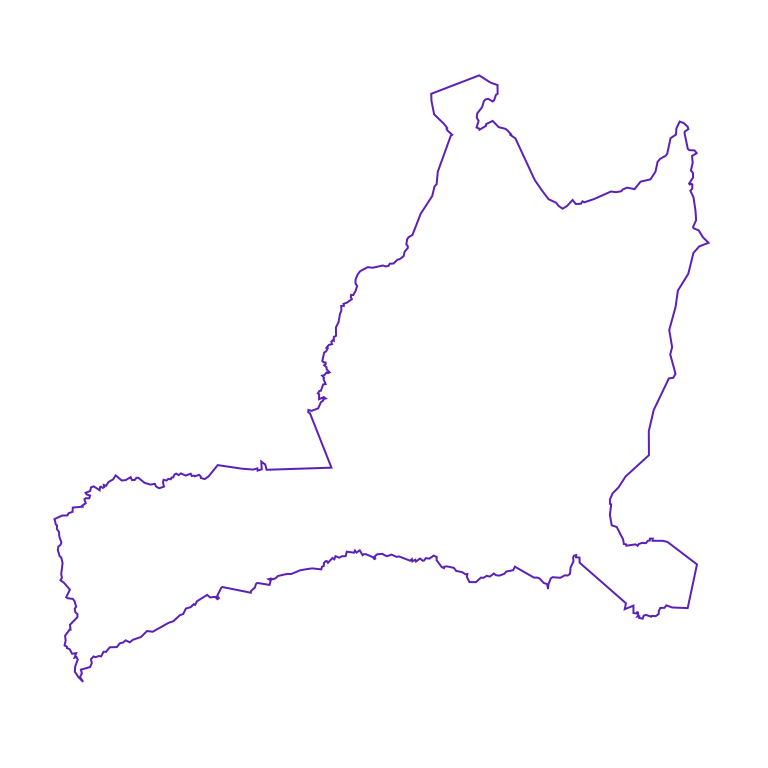 the district of Los Reyes, Michoacán, Mexico, rotated 3°
{"feature_id": "50627088B42004114063605", "entity_name": "Los Reyes", "entity_type": "district", "adm_level": 2, "iso_a3": "MEX", "parent_name": "Mexico", "parent_adm1": "Michoacán", "projection": "orthographic", "projection_center": [-102.401, 19.663], "detail": "fine", "context": "isolated", "style": "outline", "palette": "violet", "viewbox_px": 768, "rotation_deg": 3, "n_neighbors": 0, "source": "geoboundaries", "source_scale": "gbopen_adm2", "svg_char_len": 6086}
<svg xmlns="http://www.w3.org/2000/svg" viewBox="0 0 768 768"><g transform="rotate(3 384 384)"><path d="M99.1,697.2L95.8,692.5L97.4,688.9L96.3,685.1L105.2,682.1L106.8,678.1L105.8,674.2L108.2,671.3L110.1,671.9L113.6,670.6L115.8,670.8L118.0,666.0L120.5,666.0L123.9,661.3L131.0,660.7L133.7,656.8L137.0,655.8L139.5,653.5L143.6,655.3L146.6,652.6L154.5,649.4L160.3,643.1L166.0,643.5L181.5,633.7L186.1,631.9L192.2,625.6L195.5,624.2L197.9,618.6L202.6,617.0L205.5,613.8L206.9,614.5L208.6,610.7L218.4,603.9L221.5,606.2L226.6,605.4L228.9,607.6L230.3,606.5L228.5,604.5L232.1,596.0L233.3,595.2L261.9,599.4L262.0,597.8L265.8,593.9L266.5,590.6L267.9,589.3L280.2,590.6L281.2,586.1L279.0,584.9L281.3,584.2L283.3,584.8L286.0,583.6L288.1,581.3L297.6,578.6L301.0,578.7L309.9,574.5L316.2,573.0L321.9,571.9L331.1,572.4L331.6,569.8L333.4,568.9L333.3,566.0L335.0,564.0L336.1,563.8L337.4,565.5L341.5,560.5L343.5,561.7L344.6,558.5L348.5,559.8L350.8,558.3L354.7,557.9L355.6,553.4L362.9,554.0L363.7,551.8L365.3,553.8L368.5,551.4L371.6,556.1L372.7,555.0L374.9,554.9L381.8,557.5L383.6,559.3L384.4,558.8L383.6,556.9L385.9,554.5L391.1,553.7L395.8,555.9L400.4,554.0L405.7,556.0L408.0,555.4L419.3,559.1L421.0,557.4L421.5,559.6L424.4,557.9L425.2,559.6L429.1,556.4L432.0,558.5L433.2,558.2L434.9,555.7L438.5,556.0L442.6,552.8L445.7,554.0L445.7,557.1L451.2,563.8L453.5,564.7L453.6,563.4L456.2,562.8L463.3,563.9L465.9,566.9L471.6,567.7L475.5,569.8L477.2,569.4L476.9,572.4L479.7,577.3L486.1,577.1L491.0,572.2L493.3,572.4L496.7,570.2L499.7,570.8L503.7,567.5L505.8,569.1L509.3,569.3L514.2,567.2L515.9,564.9L522.7,563.2L524.3,559.6L543.9,569.5L547.4,569.3L549.7,570.2L553.9,574.3L557.4,575.3L558.5,580.2L558.7,575.3L560.8,569.3L562.5,568.1L570.2,568.3L574.4,565.7L577.6,565.6L579.7,563.8L579.9,557.6L582.5,551.0L581.9,547.5L582.8,545.4L584.9,544.8L584.8,547.0L588.3,547.1L588.8,552.3L637.1,590.3L636.2,596.3L644.7,592.3L645.1,599.7L648.4,600.0L648.8,598.6L649.6,598.9L650.0,601.8L649.2,603.0L651.1,602.7L651.1,604.3L654.6,604.8L655.5,601.7L657.7,600.9L663.0,602.4L663.5,601.6L667.4,601.6L670.3,599.4L670.3,596.3L671.6,593.2L675.9,592.8L677.5,590.3L683.5,592.1L699.0,591.9L706.0,547.8L675.4,526.9L670.5,526.0L660.4,526.5L660.5,524.3L657.6,524.5L657.6,526.4L655.7,526.8L653.9,529.2L649.5,529.3L646.8,530.5L645.7,532.3L643.5,531.0L634.5,532.8L634.2,531.5L631.9,531.2L630.9,526.7L623.9,514.6L618.8,513.2L616.4,502.8L617.2,492.3L615.9,491.9L615.7,487.5L618.0,481.2L623.6,475.0L630.1,463.7L652.3,441.2L650.9,417.2L654.7,395.9L668.2,363.5L672.5,362.7L674.6,358.6L668.3,339.5L669.8,332.1L666.0,315.1L671.1,292.0L672.6,275.3L682.1,258.0L686.2,236.8L691.7,230.0L700.7,226.0L694.8,220.8L690.2,214.1L685.1,212.3L684.4,211.0L687.1,204.1L686.1,195.3L683.3,181.3L679.8,175.0L681.6,172.8L681.5,168.7L680.7,168.0L679.0,168.8L678.2,167.9L681.9,161.4L681.4,156.8L679.3,154.7L680.7,147.0L679.7,140.1L684.2,137.1L681.9,134.5L676.7,134.5L675.1,133.3L670.9,117.5L671.2,116.1L674.6,113.6L673.8,111.2L669.4,107.6L665.5,106.5L662.6,113.6L662.5,119.7L657.3,123.5L654.8,139.1L653.4,141.3L648.0,144.7L645.6,147.8L644.0,157.7L639.4,165.7L629.6,168.5L624.0,176.3L616.5,175.2L612.1,177.3L610.8,179.1L605.8,180.3L600.6,179.9L584.3,188.2L574.5,192.1L572.7,191.2L571.2,193.7L566.1,194.2L562.7,190.4L557.4,196.7L553.2,199.6L549.0,197.0L546.4,194.0L538.6,190.8L531.3,182.1L523.8,172.3L502.4,131.9L497.2,128.6L497.8,128.0L494.0,124.3L491.8,122.8L485.1,121.5L478.7,115.6L472.4,119.1L472.3,120.9L466.0,125.1L465.5,123.9L463.0,123.0L464.7,116.3L462.7,113.2L462.9,109.0L467.4,102.5L469.0,96.3L470.4,94.5L473.2,93.8L477.8,96.2L479.1,94.9L480.7,89.3L482.3,88.2L481.7,79.5L474.5,77.4L462.9,70.8L416.0,91.7L416.6,99.0L420.0,112.2L429.9,120.7L433.7,125.0L433.1,126.0L434.3,127.7L439.0,131.5L437.7,132.6L426.6,169.2L426.1,181.7L424.1,184.1L422.3,193.8L411.7,212.1L404.6,233.7L400.9,236.1L399.5,238.3L399.0,243.4L400.5,245.0L400.7,246.8L397.7,250.8L396.9,255.3L393.1,258.5L390.9,259.2L387.2,263.2L383.4,263.6L382.3,265.8L379.4,266.5L376.7,265.7L366.6,268.5L361.6,268.2L354.4,272.5L352.0,275.8L350.1,281.3L350.3,285.2L352.0,287.4L350.9,292.1L348.7,296.8L346.5,296.7L346.3,298.9L347.5,300.9L342.4,304.9L339.4,306.0L339.9,308.0L337.2,308.4L337.6,312.9L336.4,316.1L335.4,324.6L333.0,330.0L333.6,338.4L331.4,339.7L331.6,343.4L330.6,342.9L329.2,344.4L330.0,347.0L326.9,347.8L324.6,350.9L326.0,351.3L324.4,354.5L322.6,355.7L321.2,364.3L322.5,365.5L324.4,365.5L324.8,367.1L323.3,368.5L325.7,370.2L326.0,372.4L329.1,375.2L327.3,376.1L326.1,375.5L323.9,378.3L321.8,378.9L323.7,380.8L323.3,382.1L325.7,387.1L323.3,387.6L321.3,394.1L319.9,394.3L318.4,396.9L319.8,397.7L319.9,402.6L324.5,400.2L326.5,401.5L324.1,402.2L324.2,403.6L321.9,405.6L319.5,411.8L313.1,414.6L309.9,413.9L309.9,416.3L311.6,417.1L335.9,470.3L271.2,475.8L269.6,470.6L265.5,467.9L266.4,475.6L262.3,477.1L262.0,474.9L257.8,476.3L246.5,476.0L222.2,473.7L213.6,485.5L210.0,488.3L206.1,487.5L205.9,486.0L204.2,484.4L199.8,486.1L198.9,485.4L196.8,485.9L195.6,483.7L190.8,485.8L185.8,483.9L183.7,485.7L181.1,484.4L179.6,485.3L178.3,488.4L176.7,488.5L176.1,490.3L173.5,490.1L171.9,491.8L168.9,491.2L168.4,493.6L169.6,498.0L164.9,499.9L161.6,498.2L160.4,495.7L156.1,496.7L150.0,495.2L143.6,490.5L141.7,490.6L140.1,492.9L137.3,493.1L135.9,490.3L131.1,493.5L127.1,494.1L120.8,489.3L118.5,493.4L114.0,496.3L111.8,500.2L109.5,499.5L110.0,501.6L108.6,502.5L106.9,501.3L105.8,501.9L105.6,505.0L99.4,501.4L96.8,502.6L96.2,506.2L91.7,508.3L92.7,509.8L96.3,510.8L95.7,513.5L92.0,513.7L90.8,514.8L92.4,518.6L88.9,521.4L89.4,522.3L79.7,523.7L79.6,528.0L75.7,529.6L74.8,531.8L69.5,532.2L62.0,536.1L63.7,541.6L64.9,542.4L64.9,545.9L67.1,548.7L67.8,553.5L70.1,559.0L69.4,561.6L67.3,563.4L66.9,566.8L69.1,573.0L70.8,574.2L72.4,579.7L71.6,590.5L72.5,594.4L71.2,596.9L74.9,599.3L81.1,605.8L77.8,613.5L79.2,614.5L84.6,614.9L86.3,617.0L88.2,622.4L86.9,624.7L87.7,628.0L89.9,629.8L90.0,632.9L83.0,640.9L83.8,645.7L83.0,645.6L78.7,652.1L79.5,656.9L78.7,661.8L81.1,662.9L81.2,664.3L84.1,665.4L86.6,669.7L90.7,668.9L89.3,673.5L91.2,672.8L92.6,675.1L90.4,682.2L90.3,687.5L94.2,692.7L99.1,697.2Z" fill="none" stroke="#5b21b6" stroke-width="2"/></g></svg>